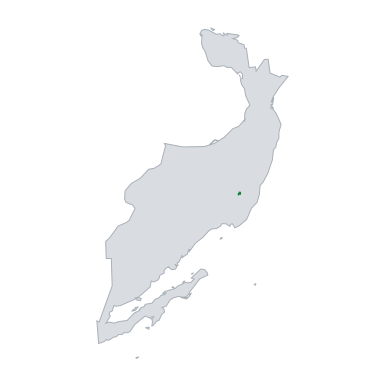 Tingüindín, Michoacán, Mexico (highlighted), rotated 266°
{"feature_id": "50627088B1844549106246", "entity_name": "Tingüindín", "entity_type": "district", "adm_level": 2, "iso_a3": "MEX", "parent_name": "Mexico", "parent_adm1": "Michoacán", "projection": "orthographic", "projection_center": [-102.513, 19.806], "detail": "fine", "context": "in_parent", "style": "filled", "palette": "green", "viewbox_px": 384, "rotation_deg": 266, "n_neighbors": 0, "source": "geoboundaries", "source_scale": "gbopen_adm2", "svg_char_len": 4228}
<svg xmlns="http://www.w3.org/2000/svg" viewBox="0 0 384 384"><g transform="rotate(266 192 192)"><path d="M47.3,88.3L70.1,88.1L68.8,90.3L103.8,105.8L131.3,106.9L131.6,101.8L148.7,102.4L151.5,106.1L163.3,116.1L166.1,124.3L168.3,127.5L179.6,134.1L183.3,131.7L186.1,125.6L189.5,124.3L197.8,125.3L204.7,132.0L209.5,141.6L217.7,150.3L218.3,155.9L222.0,162.8L240.0,168.9L242.4,167.8L237.6,185.9L236.5,207.4L237.5,212.1L242.5,218.1L241.6,221.5L241.7,218.1L237.6,213.0L239.0,217.8L244.2,227.8L252.3,237.2L254.3,243.2L260.1,249.2L258.5,249.1L261.7,250.4L260.7,249.6L266.5,250.1L270.8,252.0L274.6,255.9L284.2,252.3L291.4,251.5L296.0,248.9L300.9,248.1L302.0,248.9L301.7,250.2L305.8,250.7L308.5,248.6L307.5,245.5L306.2,246.4L306.6,245.7L313.6,239.9L313.8,235.6L315.8,232.9L315.3,226.0L316.3,220.7L321.7,217.2L331.3,214.9L335.4,212.7L340.2,211.9L348.1,213.0L348.7,211.8L346.6,211.9L349.2,210.9L352.5,212.9L353.4,215.9L352.2,220.2L347.7,227.1L347.8,231.3L345.5,234.1L346.0,235.0L348.3,234.5L346.1,237.3L346.2,238.4L347.8,237.9L345.5,248.8L344.7,249.9L342.9,247.6L342.2,243.6L340.2,248.0L337.8,248.5L335.2,254.2L331.8,254.4L331.6,256.2L312.1,257.7L312.4,264.1L308.0,264.4L319.2,273.5L319.1,277.2L305.2,278.2L300.5,287.6L302.1,289.8L300.6,295.9L290.0,286.2L281.5,279.7L276.4,277.4L275.9,278.0L280.6,280.2L273.3,278.4L273.7,276.8L271.9,277.5L270.6,276.1L269.4,277.8L271.8,278.4L268.2,279.0L264.6,281.4L253.3,285.6L245.8,282.9L239.5,282.4L235.2,279.8L231.0,278.8L228.3,276.2L218.1,274.3L205.3,268.9L197.1,263.8L193.6,260.3L185.1,259.1L177.0,256.1L171.9,250.3L160.8,244.6L155.1,236.9L153.2,232.2L157.6,230.0L156.9,228.0L155.0,227.4L157.9,223.8L158.3,219.6L156.0,218.1L153.7,213.8L153.9,209.9L152.4,206.4L146.1,199.8L140.7,191.8L132.3,184.8L134.8,186.2L135.0,184.7L130.5,183.1L127.3,177.7L129.6,177.9L123.1,174.1L122.3,172.3L119.8,172.9L119.4,172.0L121.4,170.0L118.1,171.5L116.2,169.9L116.0,166.4L118.5,163.4L119.3,164.0L117.8,160.8L115.8,158.7L113.1,158.6L111.4,154.3L108.1,153.2L106.2,151.2L105.0,147.4L106.0,145.1L100.2,143.6L90.8,131.2L90.4,128.3L88.9,127.3L83.6,112.2L83.4,107.7L84.3,106.3L78.9,104.1L77.9,101.6L76.1,100.7L74.1,101.9L67.1,97.0L68.1,99.9L66.6,105.4L67.8,109.9L68.4,118.3L75.4,126.2L77.5,131.4L78.6,131.2L79.1,132.8L80.2,133.0L81.0,136.3L83.2,137.5L83.9,144.3L87.7,148.0L88.8,151.9L90.6,153.2L91.7,157.8L93.2,159.0L92.5,155.6L94.7,157.7L96.8,168.3L99.2,171.4L102.3,179.1L101.6,182.2L102.2,185.1L105.1,188.0L106.3,185.3L114.6,195.5L113.6,199.2L110.1,201.7L108.1,202.0L104.8,193.7L91.8,182.1L90.6,182.2L88.0,178.7L87.6,176.3L88.7,171.3L87.9,166.4L86.1,162.8L79.9,158.2L78.9,154.0L77.6,155.7L74.2,156.3L72.0,153.3L66.2,150.1L65.5,147.6L61.4,143.8L61.1,142.6L65.6,143.6L68.4,142.8L68.3,143.9L70.5,145.1L69.9,142.3L68.8,142.1L71.5,136.7L63.8,125.6L57.2,120.5L56.1,118.1L56.5,114.2L54.9,112.8L54.8,108.4L52.8,106.4L52.8,103.7L50.2,99.4L49.9,97.5L51.0,96.3L49.1,94.5L47.3,88.3ZM90.3,131.3L89.4,133.9L87.1,132.9L88.3,128.9L89.7,128.6L90.3,131.3ZM81.0,130.2L77.9,127.1L77.3,124.0L78.9,125.1L79.1,126.8L80.8,127.3L81.0,130.2ZM352.6,225.8L351.7,224.9L352.0,223.7L354.1,222.4L352.6,225.8ZM88.0,182.0L85.7,179.1L87.5,173.5L86.8,178.6L88.0,182.0ZM60.0,139.9L58.2,139.4L59.7,136.5L60.3,138.8L60.0,139.9ZM31.2,127.5L29.9,125.4L30.3,124.6L30.8,124.7L31.2,127.5ZM90.0,182.2L91.4,184.5L88.4,182.2L90.0,182.2ZM144.6,217.9L144.2,218.9L143.4,218.5L143.1,216.9L144.6,217.9ZM103.4,177.2L103.8,178.9L102.3,176.7L103.4,177.2ZM98.1,165.5L98.9,166.3L97.5,167.8L98.1,165.5ZM96.1,249.1L95.5,249.3L94.6,248.5L95.4,247.7L96.1,249.1ZM304.4,247.9L302.7,248.4L305.6,247.3L304.4,247.9ZM111.1,187.3L110.2,187.1L110.2,185.4L111.1,187.3Z" fill="#d9dde1" stroke="#a8b0b8" stroke-width="1"/><path d="M188.2,239.2L187.8,239.3L187.7,239.3L187.4,239.3L187.3,239.2L187.1,239.2L186.9,239.1L186.8,238.9L186.9,238.7L187.0,238.7L187.0,238.4L186.9,238.4L186.8,238.5L186.8,238.4L186.7,238.3L186.6,238.2L186.4,238.1L186.2,238.1L186.1,238.3L186.3,238.4L186.3,238.5L186.6,238.8L186.6,239.0L186.7,239.3L186.8,239.3L186.8,239.5L186.8,239.8L186.7,239.8L186.6,240.0L186.8,240.1L187.0,240.1L187.3,240.1L187.5,240.1L187.8,240.2L188.0,240.1L188.1,239.9L188.2,239.7L188.3,239.7L188.3,239.4L188.2,239.3L188.2,239.2L188.2,239.2Z" fill="#22c55e" stroke="#15803d" stroke-width="1.5"/></g></svg>